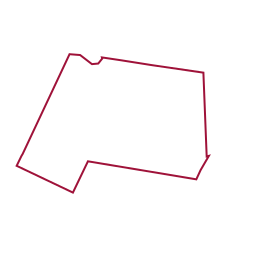 Liberty, Texas, United States of America (Natural Earth projection), rotated 116°
{"feature_id": "52423323B64688263814776", "entity_name": "Liberty", "entity_type": "district", "adm_level": 2, "iso_a3": "USA", "parent_name": "United States of America", "parent_adm1": "Texas", "projection": "natural_earth1", "projection_center": [-94.842, 30.189], "detail": "fine", "context": "isolated", "style": "outline", "palette": "rose", "viewbox_px": 256, "rotation_deg": 116, "n_neighbors": 0, "source": "geoboundaries", "source_scale": "gbopen_adm2", "svg_char_len": 379}
<svg xmlns="http://www.w3.org/2000/svg" viewBox="0 0 256 256"><g transform="rotate(116 128 128)"><path d="M87.3,212.9L197.6,211.3L199.7,211.5L210.8,211.5L210.2,149.2L175.5,149.4L144.2,44.1L134.0,44.3L117.6,43.1L119.1,44.8L45.2,84.5L61.0,134.0L70.1,163.7L76.0,182.4L76.9,181.6L83.1,183.0L86.4,188.4L83.4,203.0L87.3,212.9Z" fill="none" stroke="#9f1239" stroke-width="2"/></g></svg>